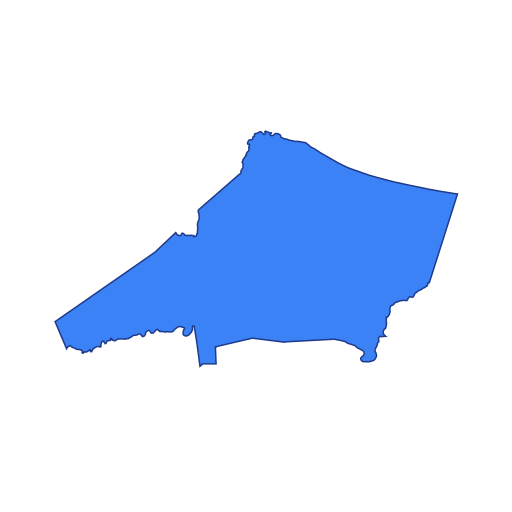 the district of San Pedro Mixtepec -Dto. 22 -, Oaxaca, Mexico, rotated 171°
{"feature_id": "50627088B24493610345769", "entity_name": "San Pedro Mixtepec -Dto. 22 -", "entity_type": "district", "adm_level": 2, "iso_a3": "MEX", "parent_name": "Mexico", "parent_adm1": "Oaxaca", "projection": "albers", "projection_center": [-97.055, 15.945], "detail": "fine", "context": "isolated", "style": "filled", "palette": "blue", "viewbox_px": 512, "rotation_deg": 171, "n_neighbors": 0, "source": "geoboundaries", "source_scale": "gbopen_adm2", "svg_char_len": 6154}
<svg xmlns="http://www.w3.org/2000/svg" viewBox="0 0 512 512"><g transform="rotate(171 256 256)"><path d="M140.5,156.4L140.9,156.8L142.0,158.6L142.4,159.4L142.5,160.1L142.3,160.8L142.2,161.6L140.8,163.6L139.6,164.1L139.1,164.7L138.8,165.7L138.3,166.5L137.8,168.5L137.6,169.0L137.6,170.6L137.4,171.2L137.4,172.0L137.1,174.0L136.8,175.2L136.1,174.9L135.1,175.7L133.7,177.1L133.0,178.4L132.5,179.5L132.2,180.3L132.2,182.2L131.7,183.9L131.5,184.5L130.7,185.5L129.5,186.1L128.6,186.1L128.1,186.3L127.4,186.8L127.3,187.2L127.0,187.5L125.4,188.4L124.3,188.3L122.7,188.8L120.4,189.2L116.0,189.0L115.0,188.5L114.1,188.4L113.2,189.0L112.4,190.3L111.1,191.4L110.4,191.7L110.0,191.5L109.5,191.5L109.1,191.1L108.6,191.0L107.8,190.9L107.1,191.0L106.5,191.6L105.4,193.6L104.6,194.3L102.4,195.4L101.7,195.9L101.0,196.2L100.2,196.5L98.1,197.0L95.5,198.3L94.4,198.4L93.1,199.2L91.7,199.7L91.0,200.6L90.9,201.4L90.3,202.5L89.9,202.8L89.6,202.8L89.0,202.5L47.3,285.7L50.8,286.8L63.6,291.0L71.0,293.6L75.4,295.1L94.2,302.2L105.2,306.5L106.8,307.0L110.6,308.7L112.9,309.6L114.7,310.5L123.9,314.5L132.4,318.5L135.2,320.1L137.7,321.3L139.6,322.4L149.6,327.8L152.6,329.6L160.2,335.0L176.6,348.2L178.1,349.7L179.6,350.9L180.7,352.1L182.1,353.2L183.7,354.2L185.9,356.3L186.5,357.3L188.0,358.7L188.6,359.5L189.4,360.2L191.2,360.8L191.7,360.8L192.0,361.1L192.4,361.1L192.9,361.4L195.1,362.2L197.3,362.8L198.6,363.0L199.2,363.0L203.1,364.6L203.6,364.6L205.1,365.2L206.2,366.0L207.7,366.7L210.2,367.5L210.8,368.1L212.7,369.3L212.9,371.3L213.4,372.0L215.0,373.3L216.0,373.7L217.0,373.8L218.3,373.8L218.6,373.3L219.2,372.9L221.0,372.3L221.6,372.4L222.9,372.9L223.1,373.1L223.1,373.8L222.2,374.5L221.8,374.7L221.6,375.2L222.3,375.2L224.0,375.7L224.3,376.4L225.2,376.7L225.8,377.1L226.2,377.5L226.9,377.7L227.5,377.6L227.9,377.4L227.9,376.7L227.4,375.8L227.6,375.3L228.0,374.9L228.7,374.8L229.3,374.8L229.6,375.0L229.6,375.4L230.2,376.3L231.0,377.0L231.3,377.7L232.1,378.0L232.7,378.1L233.3,378.0L233.9,377.6L235.2,377.4L235.6,377.0L237.9,377.0L238.2,376.7L238.6,376.0L238.7,375.0L238.8,374.5L239.7,374.4L240.0,374.3L240.3,374.0L240.6,373.6L240.6,373.3L240.9,372.5L241.3,371.8L242.1,371.4L243.1,371.5L243.8,371.8L245.0,371.4L246.5,369.5L246.5,369.1L246.8,368.6L246.8,368.2L246.5,367.7L246.3,367.6L245.2,367.3L244.9,367.1L244.9,366.9L244.9,366.6L245.4,365.8L246.0,365.1L246.1,364.8L246.0,364.0L246.2,363.6L246.3,362.4L246.4,361.9L246.7,361.5L247.3,360.6L248.1,360.2L249.5,358.7L249.9,357.8L249.7,357.1L250.5,356.6L251.5,355.5L253.7,353.3L254.5,351.5L254.8,351.1L254.7,351.1L254.4,348.4L255.0,345.5L257.7,342.1L257.8,340.4L258.2,339.9L259.7,339.3L305.7,310.5L306.2,308.3L305.7,306.7L306.2,302.1L306.6,300.9L308.1,298.6L308.7,297.0L309.0,295.8L309.1,292.5L309.5,292.0L309.4,291.4L309.7,290.9L309.9,289.4L310.2,288.7L310.2,287.6L310.9,287.3L311.4,286.2L311.5,285.7L311.8,285.1L313.1,284.8L313.6,284.8L314.3,284.9L314.2,285.7L315.8,286.4L317.5,286.7L318.4,286.6L319.9,286.9L320.5,287.2L321.6,287.1L322.6,287.6L323.5,288.6L324.0,289.4L325.2,290.1L325.5,290.0L326.0,289.3L326.5,288.7L327.2,288.3L327.8,288.0L328.4,288.1L329.1,288.3L329.5,288.7L330.1,289.0L330.8,289.7L331.0,290.2L331.1,290.7L331.6,291.7L355.3,275.5L464.7,222.6L457.6,194.1L457.2,194.7L456.7,195.0L455.5,196.1L454.7,196.1L454.2,196.5L453.6,196.6L453.1,196.3L452.5,195.2L451.4,194.3L450.4,194.1L450.0,193.6L449.3,193.2L448.0,192.0L447.2,191.7L445.4,191.4L444.8,191.1L444.3,190.9L443.7,190.5L443.1,190.4L442.6,190.0L442.5,189.2L442.9,187.7L442.4,187.2L441.7,187.1L441.3,187.6L441.1,188.2L440.7,188.2L440.4,187.9L437.9,187.8L434.6,189.4L434.3,189.0L434.5,188.3L434.3,187.4L433.7,187.3L433.2,187.3L433.0,188.0L432.0,188.9L431.5,189.5L430.7,190.1L428.2,191.2L427.1,191.4L425.7,191.3L424.0,190.4L423.5,190.6L423.3,191.2L423.3,191.9L423.0,192.5L423.0,193.0L422.4,193.9L422.2,194.5L421.8,195.2L421.0,195.8L420.5,195.9L420.0,195.8L419.5,194.6L419.1,194.1L418.7,193.0L417.9,193.2L417.5,193.6L417.1,194.6L416.8,194.9L416.0,195.4L415.4,195.5L414.4,195.4L413.0,195.5L412.4,195.8L412.8,196.3L412.7,197.3L411.9,197.3L411.3,196.8L411.2,196.1L410.6,195.2L410.0,194.8L409.0,194.4L408.3,194.4L407.5,194.8L405.6,195.5L404.7,195.5L400.6,195.0L398.1,194.3L397.6,194.7L397.1,194.4L396.7,194.4L396.2,194.5L395.0,194.3L394.5,194.5L394.0,195.0L392.9,195.2L391.2,195.8L390.5,196.4L389.6,196.7L388.6,196.7L386.8,196.6L386.0,196.7L385.3,196.8L384.9,197.1L383.1,197.3L382.2,196.8L381.0,194.5L380.4,194.1L379.9,194.1L379.4,194.5L378.7,194.5L378.4,194.8L377.1,196.7L377.0,197.3L376.5,198.2L374.9,199.1L373.9,199.3L373.4,199.2L372.5,198.5L372.2,197.5L371.8,196.6L371.0,196.1L370.0,196.0L369.3,196.1L368.6,196.8L367.7,197.4L367.5,197.7L366.5,198.3L365.9,198.7L364.7,199.0L364.2,198.1L363.9,197.7L363.3,197.2L363.1,196.8L362.7,196.4L362.1,196.2L361.3,196.3L360.7,196.2L357.7,195.1L357.1,195.2L355.6,195.1L352.7,194.4L351.6,194.3L350.6,194.3L349.6,194.7L348.7,195.3L347.9,196.1L347.0,196.8L346.5,197.1L345.6,197.3L345.0,197.8L344.0,198.1L343.6,198.4L341.0,197.9L340.5,197.5L340.1,197.4L339.5,197.0L338.1,196.4L337.9,195.7L338.1,195.1L338.8,194.6L339.2,194.1L339.3,193.4L339.7,192.8L340.1,191.1L340.2,189.8L339.4,188.8L337.9,188.0L337.1,187.9L336.4,188.0L335.2,188.3L333.9,189.1L333.0,190.0L331.6,191.0L331.2,191.7L331.0,192.2L330.5,192.6L330.2,194.2L329.8,194.8L330.0,195.5L329.9,196.3L329.3,196.7L328.6,196.7L328.0,196.3L328.0,179.7L328.6,155.8L325.4,157.8L312.3,155.7L310.3,172.7L309.7,172.6L309.2,172.4L308.6,172.8L272.4,175.4L241.7,166.5L238.3,166.4L191.1,161.5L190.5,161.1L185.7,159.4L183.0,158.2L182.1,157.9L180.8,157.1L179.6,155.9L178.8,155.3L173.3,152.6L171.9,151.6L170.4,149.5L168.2,148.1L167.5,147.3L166.7,147.0L164.8,145.2L164.5,144.5L164.3,143.8L164.3,143.0L164.9,141.7L166.0,140.5L167.0,140.1L168.6,138.7L168.7,138.2L168.5,137.0L168.4,136.5L167.2,135.1L166.5,134.8L165.1,134.7L164.0,134.3L163.1,134.3L161.9,134.0L160.1,133.9L157.4,134.2L155.8,134.6L154.5,135.6L152.9,137.7L152.6,138.6L152.5,139.9L152.8,141.9L153.1,142.4L153.3,143.3L153.2,144.8L151.5,147.2L151.0,147.7L149.9,150.0L149.8,150.5L149.2,151.3L148.0,152.3L148.0,153.9L147.6,156.2L146.6,157.0L145.9,157.4L145.3,156.8L140.5,156.4Z" fill="#3b82f6" stroke="#1e3a8a" stroke-width="1.5"/></g></svg>